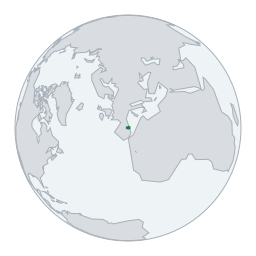 Valencia on an orthographic globe, rotated 310°
{"feature_id": "ESP-5849", "entity_name": "Valencia", "entity_type": "Autonomous Community", "adm_level": 1, "iso_a3": "ESP", "parent_name": "Spain", "parent_adm1": "", "projection": "orthographic", "projection_center": [-1.049, 39.449], "detail": "fine", "context": "on_globe", "style": "filled", "palette": "green", "viewbox_px": 256, "rotation_deg": 310, "n_neighbors": 0, "source": "natural_earth", "source_scale": "10m", "svg_char_len": 9931}
<svg xmlns="http://www.w3.org/2000/svg" viewBox="0 0 256 256"><g transform="rotate(310 128 128)"><circle cx="128" cy="128" r="113" fill="#eef3f6" stroke="#a8b0b8"/><path d="M31.0,185.3L29.0,181.4L26.7,176.9L22.8,168.0L17.6,149.4L17.7,146.0L17.1,142.2L18.9,139.3L19.3,131.2L19.0,128.6L18.0,129.6L17.5,119.6L18.6,112.3L23.6,86.0L25.5,81.5L27.7,77.3L40.4,57.7L29.7,73.0L32.6,68.2L36.9,61.8L37.0,61.7L43.3,54.0L47.4,49.5L56.3,41.7L65.5,36.7L62.6,38.8L65.2,37.6L68.9,35.1L70.7,33.7L84.5,28.3L97.4,23.1L99.7,21.3L100.6,22.1L103.8,18.9L109.6,17.3L104.1,19.3L104.3,19.8L108.9,18.5L110.1,18.7L113.0,18.4L114.1,18.8L110.7,20.3L111.4,20.7L114.5,19.9L117.6,20.0L112.9,21.1L117.8,21.6L113.1,24.8L99.6,28.5L98.0,31.6L86.8,39.3L88.8,39.3L85.9,42.6L87.1,44.0L84.7,45.3L87.8,45.3L89.8,43.9L91.8,43.5L92.8,44.3L89.8,46.0L88.9,45.8L88.5,46.7L86.7,47.3L88.1,47.5L84.4,49.6L89.4,48.7L87.6,51.4L84.8,52.5L83.4,50.8L73.3,50.1L70.0,51.1L66.8,54.1L64.4,62.9L61.5,64.9L58.8,68.9L61.1,68.3L64.1,65.1L67.9,65.3L71.0,61.6L73.0,61.3L77.0,58.4L78.2,60.7L77.3,64.5L74.1,67.2L73.5,69.0L78.1,68.2L73.5,75.0L73.0,83.0L71.6,84.7L66.3,84.7L62.5,80.2L55.5,81.3L61.9,82.6L58.3,87.3L58.5,89.1L59.8,90.1L61.8,89.2L61.0,91.3L54.4,90.6L55.1,88.6L57.2,88.7L55.4,86.8L50.9,86.8L49.5,89.5L44.3,87.5L43.1,89.4L41.4,90.2L43.5,87.2L39.6,92.8L33.3,92.9L27.8,102.9L31.2,92.5L31.2,89.0L30.6,85.9L29.7,87.4L30.3,81.9L28.6,81.0L24.6,86.9L21.8,94.2L21.4,99.4L22.9,97.7L23.5,100.7L19.7,106.7L20.3,114.3L18.3,120.1L18.1,125.3L19.2,127.5L20.0,132.3L21.8,130.8L24.2,132.4L23.1,137.7L25.3,134.9L26.0,139.4L31.4,146.1L30.6,146.8L35.0,158.7L41.6,167.2L43.1,172.4L42.2,174.0L44.9,176.6L44.9,178.2L57.3,188.0L65.0,195.2L65.7,200.2L61.0,202.9L61.0,211.4L53.8,209.2L54.7,211.9L54.0,212.9L50.4,209.7L43.2,202.2L36.7,194.0L31.0,185.3ZM26.1,105.8L26.9,117.3L24.9,113.9L25.6,113.8L25.7,110.2L25.4,105.1L24.1,102.6L26.1,105.8ZM29.9,103.7L29.7,102.2L30.1,103.3L29.9,103.7ZM71.3,33.2L68.8,35.1L65.0,37.4L67.0,35.8L71.3,33.2ZM78.8,29.4L78.0,30.2L75.2,31.0L76.5,30.3L78.8,29.4ZM101.1,20.2L98.8,21.0L100.6,20.2L101.1,20.2ZM113.2,18.3L113.5,18.0L114.8,18.0L113.2,18.3ZM76.1,57.4L76.5,57.9L75.5,58.2L76.1,57.4ZM77.4,55.8L75.9,55.7L76.3,54.9L77.2,55.0L77.4,55.8ZM117.8,18.7L119.9,18.8L117.2,18.9L117.8,18.7ZM79.0,56.0L77.2,53.6L77.9,52.3L81.9,51.3L79.0,56.0ZM120.8,19.0L126.1,19.5L127.1,18.9L127.3,21.1L122.7,19.8L119.1,20.0L121.1,19.5L120.8,19.0ZM90.0,43.2L88.0,44.7L88.8,42.8L90.0,43.2ZM90.1,42.0L89.9,37.1L93.4,35.4L92.8,37.3L96.6,34.7L98.5,36.3L96.8,38.1L94.1,38.8L96.8,38.9L90.1,42.0ZM126.5,22.4L127.3,22.9L125.8,22.7L126.5,22.4ZM92.7,43.2L92.4,42.3L95.4,40.7L96.7,42.3L95.3,42.3L92.7,43.2ZM96.8,33.4L99.2,32.6L101.4,33.6L102.7,33.5L98.8,36.2L96.8,33.4ZM95.1,43.0L97.3,43.2L96.7,44.6L93.3,44.0L95.1,43.0ZM95.7,39.7L97.2,39.0L96.7,39.9L95.7,39.7ZM95.8,50.3L95.3,49.0L96.9,48.1L95.8,50.3ZM98.1,43.1L98.3,42.6L98.9,42.1L100.1,42.6L98.1,43.1ZM100.6,36.8L101.0,37.4L102.3,35.7L104.0,36.5L101.1,38.2L103.1,37.9L103.6,38.1L100.7,39.3L100.6,36.8ZM103.1,41.6L100.0,44.3L100.6,46.8L99.3,47.6L98.5,43.6L103.1,41.6ZM101.9,40.1L102.3,41.2L100.4,41.7L99.0,41.2L101.9,40.1ZM106.2,36.5L104.3,34.8L105.0,34.5L106.2,36.5ZM103.6,42.2L104.4,41.6L103.9,42.3L103.6,42.2ZM105.8,38.1L105.1,37.5L105.9,37.2L105.8,38.1ZM106.5,40.8L105.5,41.7L104.4,41.3L106.5,40.8ZM106.5,39.5L107.8,39.2L104.7,40.7L106.0,39.3L106.5,39.5ZM106.7,37.9L106.9,37.5L106.9,38.2L106.7,37.9ZM110.9,41.8L107.2,43.7L105.0,42.9L108.8,41.1L110.9,41.8ZM199.2,40.8L199.1,40.6L199.9,41.4L197.9,39.9L202.3,43.8L199.6,41.8L204.3,46.1L205.5,46.7L202.6,43.8L207.8,48.7L208.3,49.0L214.1,55.4L219.4,62.2L224.2,69.4L228.4,77.0L229.4,79.0L229.5,79.1L232.8,86.6L235.5,94.4L235.6,94.8L236.7,98.6L234.7,92.9L235.8,97.7L234.5,94.4L231.8,91.5L232.7,98.4L235.1,114.5L237.4,123.5L237.3,130.0L232.4,122.3L228.7,115.1L227.8,118.2L221.9,115.5L214.5,124.0L212.6,122.5L211.4,125.3L207.1,125.8L203.9,123.1L201.7,125.2L210.0,132.1L212.3,129.9L213.0,123.9L215.0,127.0L219.0,127.2L217.5,140.1L205.1,158.8L202.5,152.4L186.0,138.4L185.7,135.8L185.6,135.6L185.3,135.2L185.2,139.6L181.9,136.5L192.2,147.8L194.5,153.3L204.9,159.3L204.3,160.9L207.2,161.4L215.0,152.8L215.3,155.2L212.5,168.6L200.5,189.5L201.4,196.9L199.2,203.9L190.1,212.0L189.2,216.1L184.2,219.4L182.8,221.8L177.8,225.4L170.2,229.6L159.0,232.7L159.6,231.2L156.1,228.8L151.7,219.8L155.9,213.9L155.5,209.5L147.3,200.2L149.2,193.5L146.6,191.1L141.6,192.4L138.5,189.3L135.3,189.5L114.5,192.2L107.3,187.4L96.9,172.2L100.1,166.6L99.3,159.4L120.2,135.0L126.2,136.4L144.4,131.2L147.0,131.7L146.5,137.9L161.5,142.2L164.4,136.3L176.3,136.6L183.2,133.6L182.7,121.8L171.4,126.4L167.8,121.9L175.5,113.6L185.1,109.8L184.0,107.9L176.5,106.1L177.3,101.2L173.8,105.2L176.3,106.5L174.1,109.1L171.7,108.1L172.1,106.3L168.8,106.6L167.9,115.4L170.3,117.7L162.5,121.8L165.8,126.2L164.2,129.2L158.0,123.0L157.6,120.1L147.3,114.1L147.1,117.4L156.8,123.4L154.4,123.4L154.2,128.4L152.4,124.6L141.9,117.6L134.0,120.7L126.3,133.4L121.1,134.7L115.7,132.5L116.1,120.4L127.5,119.0L127.8,115.1L123.4,109.8L127.3,110.0L126.9,107.8L131.0,107.1L134.8,101.2L138.7,100.1L138.2,93.3L140.1,91.9L139.9,96.2L141.8,98.8L151.2,96.2L152.4,94.4L151.3,90.3L154.1,90.3L151.8,86.7L156.3,83.6L149.0,84.5L147.5,80.2L149.1,76.1L147.3,74.9L144.7,81.7L144.8,84.3L147.1,86.2L146.3,94.0L143.5,95.9L139.3,88.7L134.9,90.8L133.6,84.7L141.4,69.5L145.7,65.8L157.0,68.0L157.1,71.0L153.1,71.6L158.6,74.8L157.3,72.7L159.6,72.8L158.7,69.1L160.3,69.0L156.8,65.7L158.7,65.2L160.8,67.3L161.2,61.8L164.5,60.0L163.8,58.9L162.1,58.1L167.4,56.6L166.7,55.8L164.6,56.0L161.9,54.6L159.1,51.6L161.0,51.3L162.3,52.3L168.0,54.1L171.1,57.1L171.6,56.7L169.4,54.0L162.5,51.8L160.2,50.1L163.5,50.7L162.1,50.4L161.6,49.5L163.0,48.3L159.4,47.5L151.1,39.0L152.9,36.2L156.8,37.5L153.1,32.1L155.4,30.0L153.6,30.1L150.5,27.9L149.8,28.5L148.7,28.4L140.6,23.8L140.2,22.7L134.7,21.3L133.7,21.4L133.7,22.1L127.3,21.1L127.1,18.9L129.3,18.7L127.7,17.7L132.9,17.6L136.5,17.3L143.0,18.1L145.3,18.0L144.4,17.7L146.8,17.4L154.7,18.7L152.2,19.1L141.0,18.9L145.9,19.0L145.9,19.5L148.4,19.9L151.7,20.1L151.4,19.8L162.7,23.9L173.0,27.2L169.5,24.9L170.1,24.5L178.8,27.6L195.7,38.1L196.3,38.4L199.2,40.8ZM114.9,148.2L114.8,150.4L114.8,150.5L114.9,148.2ZM196.6,111.2L201.5,108.1L196.9,102.9L198.4,101.4L196.2,100.3L196.5,102.6L191.0,99.2L192.2,95.8L190.4,93.2L188.7,94.2L187.3,101.2L195.2,105.8L195.1,109.4L196.6,111.2ZM31.6,146.2L32.1,148.1L31.1,147.0L31.6,146.2ZM23.8,115.5L24.4,117.1L24.4,118.7L23.8,117.9L23.8,115.5ZM30.4,127.9L31.4,130.0L30.0,128.7L30.4,127.9ZM27.2,119.0L29.5,126.4L26.9,124.6L25.5,120.0L26.9,121.9L27.2,119.0ZM28.0,106.1L28.2,107.4L27.6,108.1L28.0,106.1ZM30.3,104.6L30.1,104.3L30.3,103.1L30.3,104.6ZM58.7,87.4L59.2,87.5L60.1,88.9L59.0,89.0L58.7,87.4ZM68.6,91.5L67.1,95.0L67.4,92.4L65.4,93.0L63.7,88.6L70.9,85.4L67.9,87.5L68.6,91.5ZM63.4,82.2L63.7,85.1L63.0,82.1L63.4,82.2ZM120.7,97.3L122.7,98.5L122.1,101.2L117.2,103.3L118.0,99.4L120.7,97.3ZM125.8,99.7L123.0,92.4L126.0,91.0L124.8,92.9L127.0,92.7L125.7,95.9L131.2,102.1L131.1,104.8L122.1,106.9L125.1,104.6L122.9,103.4L125.8,99.7ZM110.8,78.5L109.6,75.9L117.5,76.1L117.7,78.5L112.8,80.6L109.7,79.0L110.8,78.5ZM86.4,55.2L85.5,54.6L86.3,54.1L87.8,54.1L86.4,55.2ZM95.5,49.8L91.5,57.1L90.2,56.8L89.4,61.7L85.6,63.0L86.3,59.7L82.8,64.5L81.9,62.0L79.9,65.4L81.7,57.9L80.8,56.1L83.3,57.6L86.7,56.5L87.9,55.5L90.6,51.3L90.3,47.0L93.6,45.5L96.1,45.5L96.7,46.3L94.3,47.0L96.8,47.5L93.9,49.2L95.5,49.8ZM123.2,50.2L120.2,50.2L124.7,52.7L121.7,53.8L122.5,54.1L121.0,55.9L120.4,58.6L118.8,58.9L119.3,59.8L118.3,61.2L118.4,62.7L115.6,63.7L115.5,65.6L114.2,65.0L114.8,68.1L113.1,66.3L111.7,68.0L114.1,68.9L98.7,72.1L93.6,75.2L90.2,79.0L87.7,75.7L89.3,70.3L93.2,64.6L98.5,62.1L96.4,61.3L98.3,59.9L99.2,61.2L99.0,58.4L100.8,57.7L104.2,53.4L102.9,50.2L104.2,48.7L105.6,49.6L105.8,47.4L109.3,48.1L110.2,47.1L114.6,46.9L116.8,49.5L117.7,48.2L121.0,48.1L123.2,50.2ZM112.1,41.8L115.4,44.3L115.4,46.2L107.8,45.8L106.4,46.6L101.5,46.7L101.7,43.9L103.0,44.1L104.4,43.7L103.8,44.7L105.3,43.6L107.3,43.9L109.0,43.1L109.6,44.1L112.1,41.8ZM148.9,129.0L150.6,128.9L153.2,128.1L153.1,131.3L148.9,129.0ZM141.6,124.4L143.1,123.7L144.2,127.6L142.4,127.8L141.6,124.4ZM142.9,120.1L143.1,123.3L141.9,121.7L142.9,120.1ZM141.1,95.5L142.6,94.6L143.1,95.5L142.8,97.1L141.1,95.5ZM136.0,58.8L134.3,58.2L134.5,57.6L132.0,55.0L134.0,54.1L136.3,55.3L136.0,58.8ZM181.3,124.5L179.9,127.5L178.6,126.9L179.3,126.0L181.3,124.5ZM166.3,130.0L170.2,130.2L166.2,130.9L166.3,130.0ZM137.8,57.4L136.5,56.4L138.3,56.5L137.8,57.4ZM135.4,53.3L137.3,53.2L134.0,53.7L135.4,53.3ZM213.1,193.8L204.1,208.0L200.3,210.5L200.9,208.1L205.1,200.5L210.0,195.6L212.7,190.9L213.1,193.8ZM237.7,124.0L239.0,127.2L238.8,129.6L237.7,124.0ZM153.1,49.6L154.3,54.1L156.4,57.1L159.7,58.2L155.6,58.7L152.2,54.1L153.1,49.6ZM151.2,40.2L148.3,39.5L149.1,38.7L149.9,38.8L151.2,40.2ZM149.7,40.6L146.9,41.8L145.0,40.7L147.6,39.9L149.7,40.6ZM142.5,49.2L142.7,50.5L141.2,50.3L142.5,49.2ZM177.9,27.0L175.5,25.9L173.8,25.1L177.9,27.0ZM173.3,24.9L174.4,25.5L168.8,24.2L166.8,23.7L169.7,23.6L170.9,24.2L172.8,24.8L173.3,24.9ZM128.1,22.5L127.3,22.8L127.3,22.3L128.1,22.5ZM148.3,28.8L146.8,28.5L146.8,27.9L148.3,28.8ZM142.6,27.6L143.6,28.5L141.7,27.7L142.6,27.6ZM146.1,30.6L143.6,28.9L147.2,30.3L146.1,30.6Z" fill="#d9dde1" stroke="#a8b0b8" stroke-width="1"/><path d="M129.3,127.5L129.2,127.6L129.2,127.8L129.1,128.0L129.2,128.5L129.3,128.5L129.2,128.5L129.3,128.7L129.3,128.8L129.4,129.0L129.5,129.0L129.3,129.2L129.1,129.1L128.7,129.3L128.8,129.3L128.7,129.5L128.6,129.4L128.4,129.4L128.2,129.3L128.2,129.2L127.9,129.0L127.7,128.8L127.7,128.7L127.8,128.6L127.8,128.4L127.6,128.2L127.4,128.2L127.3,127.9L127.4,127.7L127.5,127.6L127.7,127.4L127.8,127.2L128.0,127.0L128.3,127.2L128.5,127.3L128.5,127.2L128.6,127.3L128.8,127.3L128.9,127.5L128.9,127.4L129.0,127.4L129.3,127.5ZM127.6,126.5L127.8,126.7L127.9,126.8L128.0,126.8L127.9,126.8L127.7,126.9L127.5,126.7L127.4,126.7L127.5,126.6L127.6,126.5Z" fill="#22c55e" stroke="#15803d" stroke-width="1.5"/></g></svg>